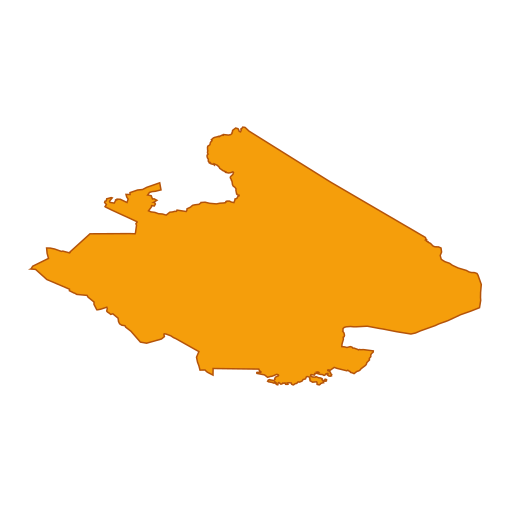 outline of Mākoņkalna pag., Rezeknes, Latvia
{"feature_id": "27541924B30700512911719", "entity_name": "Mākoņkalna pag.", "entity_type": "district", "adm_level": 2, "iso_a3": "LVA", "parent_name": "Latvia", "parent_adm1": "Rezeknes", "projection": "equal_earth", "projection_center": [27.387, 56.276], "detail": "fine", "context": "isolated", "style": "filled", "palette": "amber", "viewbox_px": 512, "rotation_deg": 0, "n_neighbors": 0, "source": "geoboundaries", "source_scale": "gbopen_adm2", "svg_char_len": 6105}
<svg xmlns="http://www.w3.org/2000/svg" viewBox="0 0 512 512"><path d="M129.9,233.6L90.0,233.8L69.4,252.5L69.8,252.7L69.6,252.9L62.8,251.1L61.4,251.4L54.6,249.0L50.3,248.1L46.6,248.0L47.1,253.3L48.5,258.4L32.7,266.2L31.1,268.8L30.7,269.0L35.6,269.4L46.8,279.5L69.5,289.2L69.4,290.7L73.9,293.0L74.6,293.1L76.7,294.4L87.1,295.4L88.0,297.1L94.0,302.0L94.0,304.4L96.8,309.8L97.7,309.8L100.7,309.2L106.8,307.2L107.3,308.7L106.7,310.9L106.9,311.4L107.6,312.1L109.7,313.5L110.7,314.4L112.8,313.8L118.1,318.2L118.5,321.5L119.6,323.8L121.8,325.2L124.9,325.7L125.6,326.8L125.6,327.1L130.9,331.2L140.4,342.1L146.6,343.2L161.5,339.0L164.4,336.6L163.9,334.7L164.2,333.8L166.2,334.1L170.8,335.8L173.5,337.6L175.6,338.5L198.9,351.6L196.5,357.2L197.5,362.1L198.9,365.8L200.0,370.1L205.0,370.0L206.7,371.7L208.3,372.7L213.0,375.1L213.1,368.5L258.8,369.1L259.2,370.1L259.6,370.5L259.5,370.9L259.8,371.3L260.6,371.5L261.0,372.0L260.6,372.4L260.2,372.5L259.8,371.9L259.5,371.8L258.7,372.5L257.1,372.3L256.8,372.5L256.9,373.4L264.5,374.9L267.6,377.3L270.6,376.4L271.9,376.3L276.8,374.3L278.3,374.8L278.6,375.3L278.3,375.9L275.4,377.2L274.7,378.8L275.0,379.3L273.8,380.4L273.1,380.6L272.3,380.2L270.7,380.0L269.4,379.6L268.3,380.1L268.3,380.7L267.8,380.9L267.6,381.2L268.5,381.8L271.8,382.4L274.1,383.2L274.8,382.9L274.7,381.9L275.3,382.0L276.1,382.8L275.7,383.4L275.7,383.7L276.3,383.9L276.5,384.4L277.2,384.8L277.9,384.7L277.9,384.0L278.2,383.1L278.4,382.7L278.9,382.5L280.9,384.2L282.6,383.6L282.9,383.0L284.0,383.3L284.9,382.9L285.4,383.2L285.6,384.3L287.3,384.4L288.0,384.2L287.3,382.9L289.4,382.7L291.3,383.1L291.6,384.2L292.8,384.8L293.5,384.9L295.1,383.7L296.7,383.4L298.1,381.9L299.6,382.1L302.0,381.1L303.1,379.5L305.5,378.9L306.2,377.1L307.1,376.5L308.6,376.8L309.7,377.4L309.9,378.4L309.6,378.9L310.1,379.7L310.0,380.7L312.6,382.2L316.5,381.8L316.9,382.2L317.0,382.8L317.1,384.4L319.2,384.9L320.1,384.4L320.7,383.6L322.7,382.8L323.6,382.7L323.3,381.9L324.4,381.1L326.0,381.2L326.4,380.9L326.6,379.7L325.9,379.3L325.1,379.2L324.7,380.1L322.8,380.6L322.4,380.3L322.3,379.7L321.9,379.4L322.2,378.8L322.0,378.6L320.4,377.9L318.7,377.8L316.3,376.7L315.8,376.7L315.4,377.1L312.5,377.0L310.6,376.0L310.7,375.0L311.2,374.6L314.4,375.1L314.8,374.6L314.6,373.8L314.8,373.4L316.4,373.4L316.8,373.0L316.4,372.2L317.9,371.9L318.9,372.4L317.5,373.3L317.6,373.6L320.5,374.4L322.3,374.5L324.0,375.4L324.5,375.3L325.3,374.8L325.9,373.8L327.8,373.3L328.1,373.9L327.2,374.5L327.3,374.9L329.0,376.1L330.6,376.2L331.5,375.8L331.2,375.3L331.7,374.5L330.3,373.2L330.5,372.4L330.1,371.9L328.9,371.0L327.8,370.6L327.7,370.1L328.1,369.8L330.3,370.2L334.2,367.4L337.1,368.4L346.9,370.8L347.8,370.2L348.9,371.0L350.3,371.7L350.5,372.4L352.5,372.9L353.6,373.5L354.4,373.5L355.3,372.6L357.0,371.4L358.7,370.9L360.0,370.1L361.0,368.8L365.6,365.3L366.4,364.1L366.8,362.6L369.5,359.9L369.2,359.0L369.6,358.0L370.8,356.7L370.8,354.8L371.5,353.6L373.2,352.1L373.3,350.9L371.9,350.7L363.5,349.6L360.8,349.7L359.4,349.5L358.4,349.9L357.9,349.5L354.1,348.1L352.8,348.1L352.0,347.1L350.3,346.6L346.9,347.5L344.7,346.9L341.8,346.6L342.0,344.1L343.4,339.2L343.2,337.2L344.1,336.7L344.5,335.3L344.0,333.0L342.7,331.2L343.0,330.9L343.0,328.6L344.2,327.4L346.2,326.8L350.5,326.5L353.7,326.8L355.9,326.8L367.3,326.2L379.6,328.5L382.9,329.0L396.6,331.7L410.9,334.0L415.5,333.0L420.6,330.8L435.2,325.6L438.8,323.9L447.8,320.7L460.6,314.7L470.6,311.2L479.5,307.7L480.7,300.4L480.5,297.6L480.6,292.3L481.3,284.5L478.0,275.2L477.0,273.5L474.5,272.6L471.2,272.5L469.0,271.9L466.3,270.4L458.2,268.0L452.4,265.3L449.6,263.3L445.0,261.7L442.5,260.2L441.2,259.2L440.2,255.5L441.6,252.0L441.0,248.0L438.5,246.9L435.2,246.8L433.8,246.4L432.8,245.8L430.5,243.4L428.0,242.2L428.0,241.6L426.5,241.2L426.3,240.4L426.7,239.9L426.2,239.6L425.5,239.8L425.9,238.5L425.3,237.4L330.6,182.1L249.0,131.1L245.2,127.5L244.5,127.3L242.7,127.1L241.9,128.4L241.1,128.7L240.9,129.2L241.3,130.0L240.5,131.9L240.1,131.8L238.9,130.9L238.7,129.8L238.0,128.7L235.7,128.0L232.8,130.2L232.5,130.7L232.5,131.8L232.0,132.4L232.1,133.1L231.7,133.8L230.7,134.6L228.6,135.1L223.3,134.5L223.1,134.6L223.2,135.3L221.6,135.3L219.2,136.7L219.0,136.2L216.8,136.9L214.6,137.4L213.3,138.0L211.4,139.7L212.0,140.3L211.6,141.2L210.9,141.8L210.3,142.8L210.1,144.0L209.9,144.7L209.1,145.4L208.1,145.9L207.7,146.5L207.5,147.3L207.6,150.3L207.9,150.9L207.5,151.9L207.5,152.8L208.1,154.1L207.1,155.2L207.1,156.7L207.5,158.0L208.3,159.1L208.3,161.2L208.8,161.9L209.4,161.7L209.0,162.0L209.1,162.4L209.9,162.3L210.4,162.9L209.9,163.2L211.0,163.8L213.7,164.5L214.2,164.9L214.1,163.8L214.7,164.0L214.8,164.3L217.0,165.1L218.9,166.8L219.8,168.4L223.2,170.8L224.0,170.9L224.4,171.4L225.9,171.8L225.7,172.4L228.6,173.0L231.0,172.6L232.8,171.8L233.5,172.5L232.9,174.4L230.9,176.3L230.4,177.0L230.3,177.6L230.6,178.5L231.3,179.4L231.3,180.1L232.0,181.3L232.5,184.7L233.3,186.2L234.9,187.3L236.0,188.8L235.9,190.3L236.6,193.9L236.9,193.9L237.1,194.5L237.8,195.0L239.1,195.2L239.1,195.8L237.9,196.5L236.8,198.4L234.9,199.1L235.0,199.8L233.9,202.6L231.4,202.1L229.5,201.1L226.9,201.1L226.2,201.4L226.4,201.6L225.3,202.7L223.4,203.0L219.9,203.2L216.4,203.9L209.6,203.3L205.1,202.2L201.0,202.5L201.0,202.8L199.0,204.3L194.9,204.8L192.9,205.2L192.0,205.8L190.4,207.2L187.0,208.8L186.9,210.3L186.2,211.5L177.0,210.1L176.7,211.0L176.3,211.4L174.9,211.3L172.2,212.0L169.8,212.2L166.2,215.1L162.4,214.0L158.5,213.7L154.9,212.4L151.0,211.9L148.5,210.8L151.5,206.8L151.6,205.6L154.3,206.0L155.4,204.0L154.4,202.3L153.7,202.3L156.9,200.3L154.1,198.8L152.5,199.0L151.2,195.7L147.6,195.0L149.5,192.4L152.2,191.6L155.3,191.3L161.0,189.9L159.7,182.8L146.8,187.3L142.6,189.5L137.6,190.0L130.0,192.6L130.1,194.5L126.0,194.4L126.7,197.0L128.1,199.1L127.0,202.5L120.4,199.3L117.0,199.1L116.8,199.9L115.6,199.9L115.5,200.8L114.2,203.1L110.0,202.4L109.5,201.2L112.2,197.9L111.2,197.6L106.7,198.8L106.3,200.8L105.0,201.2L104.6,202.5L106.4,204.5L105.0,206.6L105.3,206.9L111.6,210.0L137.0,221.7L137.0,222.4L136.8,222.4L135.9,223.8L136.5,225.0L136.5,225.4L135.5,232.7L135.1,233.8L129.9,233.6Z" fill="#f59e0b" stroke="#b45309" stroke-width="1.5"/></svg>